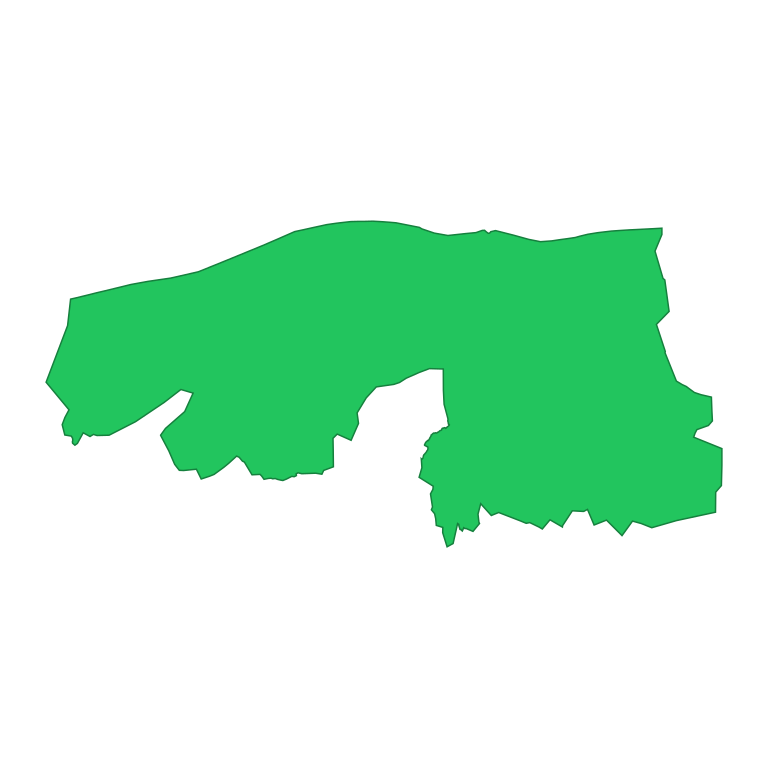 Yusufari, Yobe, Nigeria
{"feature_id": "59680162B61002782115608", "entity_name": "Yusufari", "entity_type": "district", "adm_level": 2, "iso_a3": "NGA", "parent_name": "Nigeria", "parent_adm1": "Yobe", "projection": "equal_earth", "projection_center": [10.863, 13.162], "detail": "fine", "context": "isolated", "style": "filled", "palette": "green", "viewbox_px": 768, "rotation_deg": 0, "n_neighbors": 0, "source": "geoboundaries", "source_scale": "gbopen_adm2", "svg_char_len": 4429}
<svg xmlns="http://www.w3.org/2000/svg" viewBox="0 0 768 768"><path d="M90.0,436.5L93.4,434.4L97.0,435.5L109.1,435.2L135.5,421.7L164.3,402.3L180.9,389.5L193.1,393.1L184.7,411.6L165.5,428.4L160.6,435.2L160.6,435.3L168.8,450.8L174.7,464.4L179.3,470.3L183.6,470.5L196.4,469.2L201.2,479.0L205.7,477.5L209.6,476.2L214.1,474.4L223.7,467.4L228.7,463.3L236.6,456.1L238.6,457.0L239.2,457.3L242.4,461.1L244.4,462.1L252.0,474.8L260.1,474.4L261.8,476.2L264.0,479.3L268.4,478.4L271.0,478.2L272.7,478.8L275.2,478.5L277.6,479.4L281.1,480.2L282.9,480.5L286.6,479.0L291.5,476.5L292.3,476.4L293.2,476.6L294.2,476.7L296.4,475.6L296.1,473.9L298.0,472.8L301.8,473.7L315.6,473.2L321.9,474.2L323.7,470.4L333.4,466.8L333.2,449.6L333.0,438.3L337.2,434.1L351.1,440.3L358.5,423.4L357.1,412.9L366.2,397.9L376.3,386.9L391.0,384.8L393.8,384.4L397.1,383.3L399.5,382.5L406.2,378.2L419.1,372.5L429.4,368.6L443.3,369.0L443.4,390.3L444.1,404.3L448.0,419.0L447.9,420.0L447.8,420.7L447.9,421.4L448.2,422.5L448.4,423.3L448.3,423.8L448.5,424.2L448.8,424.2L449.1,424.4L449.4,424.9L449.3,425.1L449.0,425.3L448.3,426.2L448.0,426.4L447.5,426.7L447.1,427.2L446.6,427.4L446.2,427.9L445.9,428.3L445.6,428.4L445.3,428.0L444.9,427.7L444.2,427.7L443.9,427.8L443.7,428.1L443.3,428.3L442.9,428.3L442.4,428.2L442.1,428.5L441.9,429.0L441.6,429.5L441.5,430.0L441.1,430.3L440.5,430.5L440.1,430.6L439.8,430.8L439.4,431.2L439.0,431.5L438.7,431.9L438.1,432.2L437.5,432.3L437.2,432.7L436.9,432.9L436.5,433.1L436.1,433.0L435.8,432.8L435.4,432.8L434.8,433.1L434.4,433.2L434.1,433.0L433.8,433.0L433.4,433.2L433.1,433.4L432.8,433.6L432.6,433.9L432.2,434.2L432.0,434.4L431.8,434.7L431.3,434.9L431.1,435.1L431.1,435.4L431.0,435.8L430.9,436.2L430.7,436.6L430.4,436.9L430.2,437.4L429.9,437.8L429.7,438.1L429.7,438.5L429.6,438.8L429.2,439.1L429.0,439.6L428.7,440.1L428.4,440.5L428.1,440.3L427.9,440.4L427.6,440.5L427.4,440.7L427.2,441.1L427.0,441.3L426.5,441.5L426.3,441.8L425.9,442.2L425.6,442.7L425.3,443.1L425.1,443.6L424.9,444.1L424.6,444.6L424.5,445.0L424.6,445.3L424.9,445.5L425.2,445.7L425.4,445.8L425.7,445.8L425.9,445.9L426.3,446.3L426.6,446.5L427.0,446.6L427.3,446.6L427.7,446.8L427.9,447.3L427.9,447.9L428.0,448.5L427.8,449.3L427.7,449.9L427.4,450.3L426.9,450.9L426.6,451.5L426.2,452.2L425.7,452.9L425.3,453.2L424.9,453.8L424.4,454.3L424.1,454.6L423.8,454.9L423.7,455.3L423.4,455.8L423.3,456.6L423.1,457.4L422.9,458.1L422.7,458.5L422.4,458.8L422.1,459.1L421.6,459.1L421.3,458.8L421.9,467.7L419.1,477.3L433.2,486.2L432.9,489.4L430.5,493.9L432.5,507.0L431.4,509.8L434.6,513.7L435.7,518.7L436.3,525.4L442.8,527.4L442.7,532.7L447.1,546.8L453.1,543.5L457.6,523.5L458.8,524.3L458.7,524.7L459.1,526.6L459.6,528.0L459.8,528.7L459.9,529.3L460.0,529.4L460.1,529.5L460.5,529.6L461.0,529.5L461.3,529.9L461.5,530.3L462.3,531.0L462.9,529.7L463.7,527.7L465.0,528.6L466.1,528.5L473.0,531.4L479.5,523.5L478.9,522.2L478.0,514.1L480.7,503.7L491.3,515.5L493.2,514.7L498.7,512.5L520.4,520.9L522.1,521.6L526.2,523.3L529.8,522.6L539.1,527.1L542.3,529.0L550.0,519.8L562.4,527.0L562.6,525.6L572.3,510.8L583.0,511.4L583.8,511.4L584.1,511.2L587.5,509.4L594.1,525.0L606.5,520.1L622.0,535.6L632.5,521.1L641.2,523.5L651.8,527.7L676.4,520.6L715.5,512.2L715.7,492.2L718.5,488.9L721.4,485.6L721.9,465.0L721.9,448.6L693.7,437.2L695.0,433.3L696.9,429.6L708.4,425.5L712.4,420.9L711.9,411.1L711.4,397.1L701.0,394.7L694.4,392.5L689.2,388.7L686.3,386.5L682.2,384.6L676.4,381.1L665.0,352.7L665.3,351.5L656.4,324.4L669.1,311.4L664.8,279.9L663.0,278.4L655.0,251.1L661.9,234.5L661.9,228.2L653.1,228.7L637.5,229.5L629.4,229.9L618.3,230.6L611.2,231.1L597.6,232.7L587.7,234.3L579.9,236.2L575.3,237.5L567.2,238.7L560.4,239.6L551.7,240.9L540.5,241.7L528.8,239.4L513.6,235.2L495.5,230.6L490.8,231.7L490.0,232.7L489.3,233.2L488.3,233.3L486.7,232.2L485.5,231.2L484.6,230.3L482.3,230.4L476.0,232.6L465.5,233.6L447.9,235.5L434.3,233.1L421.9,228.9L419.4,227.4L396.0,222.8L390.1,222.3L382.0,221.7L372.9,221.2L364.6,221.4L359.0,221.4L350.7,221.6L342.7,222.5L336.7,223.2L333.2,223.7L326.8,224.6L320.4,226.0L316.7,226.8L312.1,227.8L303.6,229.7L294.7,231.6L276.0,239.8L261.8,245.9L225.0,261.0L198.3,271.8L170.6,278.1L147.9,281.4L130.9,284.5L122.0,286.7L104.7,290.9L96.2,292.9L88.7,294.8L75.1,298.1L70.6,299.1L67.6,325.6L46.1,382.2L67.5,408.0L69.0,409.8L64.9,417.5L62.2,424.7L64.8,435.0L71.3,436.1L72.5,438.1L72.8,440.1L72.4,441.8L72.6,443.2L74.9,445.2L77.4,443.4L83.2,432.8L90.0,436.5Z" fill="#22c55e" stroke="#15803d" stroke-width="1.5"/></svg>